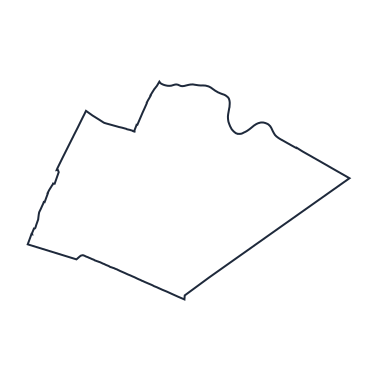 Bunschoten, Utrecht, Netherlands, rotated 100°
{"feature_id": "6326949B68264290320811", "entity_name": "Bunschoten", "entity_type": "district", "adm_level": 2, "iso_a3": "NLD", "parent_name": "Netherlands", "parent_adm1": "Utrecht", "projection": "albers", "projection_center": [5.355, 52.247], "detail": "fine", "context": "isolated", "style": "outline", "palette": "slate", "viewbox_px": 384, "rotation_deg": 100, "n_neighbors": 0, "source": "geoboundaries", "source_scale": "gbopen_adm2", "svg_char_len": 5816}
<svg xmlns="http://www.w3.org/2000/svg" viewBox="0 0 384 384"><g transform="rotate(100 192 192)"><path d="M151.1,39.3L137.3,77.7L136.8,79.1L136.1,81.0L134.7,85.0L133.0,89.8L132.3,91.6L130.2,96.7L130.6,96.9L128.7,102.5L127.9,104.7L127.4,106.2L126.8,107.9L125.3,112.1L125.3,112.3L125.1,112.6L125.1,112.8L124.2,115.2L123.6,116.6L123.3,117.1L122.9,117.9L122.7,118.4L122.3,118.9L121.9,119.5L121.3,120.3L121.0,120.5L120.3,121.2L120.0,121.4L119.7,121.7L117.9,123.1L115.6,124.7L115.1,125.1L114.8,125.3L114.0,126.1L113.7,126.3L113.6,126.5L113.4,126.7L113.2,127.0L112.8,127.6L112.4,128.2L112.2,128.5L112.1,128.8L112.0,129.0L111.7,130.0L111.5,131.0L111.4,131.4L111.3,132.1L111.3,132.5L111.2,133.3L111.2,133.7L111.3,134.5L111.4,135.3L111.5,135.7L111.7,136.5L111.9,137.0L112.2,137.5L112.4,138.0L112.6,138.5L113.0,139.1L113.4,139.7L113.8,140.3L114.6,141.2L115.0,141.6L115.4,142.1L115.7,142.4L116.4,143.0L119.3,145.5L120.4,146.5L120.9,147.0L121.2,147.3L122.2,148.3L122.6,148.8L123.2,149.5L124.0,150.6L124.3,151.1L125.1,152.1L125.6,152.8L125.9,153.3L126.2,154.0L126.3,154.4L126.3,154.6L126.5,155.1L126.6,155.8L126.7,156.6L126.7,156.8L126.7,157.1L126.8,157.2L126.7,157.6L126.7,157.8L126.5,158.5L126.5,158.8L126.4,159.2L126.2,159.5L126.0,159.9L125.5,160.8L125.1,161.5L124.9,161.8L124.7,162.0L124.2,162.7L123.4,163.7L123.2,163.9L122.9,164.1L122.4,164.5L120.6,165.9L119.8,166.4L119.3,166.7L118.5,167.2L116.7,168.2L116.5,168.3L115.1,168.8L113.5,169.3L112.9,169.4L111.7,169.7L110.5,169.8L109.1,169.9L105.6,169.9L102.8,169.9L101.7,169.8L101.4,169.9L99.3,170.1L97.8,170.3L97.3,170.4L96.3,170.7L95.7,170.9L95.2,171.1L94.4,171.5L94.2,171.6L93.8,171.8L93.6,172.0L93.3,172.2L92.9,172.6L92.7,172.8L92.4,173.2L92.0,173.9L91.7,174.5L91.5,174.8L91.2,175.5L91.0,175.8L90.9,176.2L90.8,176.7L90.7,176.9L90.6,177.3L90.5,177.8L90.4,178.7L90.2,179.8L89.9,181.3L89.8,181.8L89.7,182.1L89.5,182.9L89.4,183.5L89.1,184.3L88.5,185.9L88.3,186.5L87.9,187.4L87.3,188.6L87.1,189.1L86.8,189.7L86.2,190.9L85.8,191.8L85.4,193.1L85.1,194.2L85.1,194.5L85.0,195.7L84.9,196.5L84.9,197.0L84.9,197.8L85.1,198.9L85.1,199.6L85.2,200.0L85.6,202.1L85.7,203.1L85.8,204.3L85.9,208.3L85.9,209.0L85.9,209.5L85.9,209.8L86.0,210.1L86.0,210.4L86.2,211.1L86.3,211.5L86.3,211.8L86.5,212.2L86.6,212.6L86.8,213.2L87.2,214.2L88.2,216.5L88.5,217.1L88.8,217.8L89.0,218.3L89.2,218.9L89.3,219.4L89.4,219.8L89.5,220.1L89.5,220.4L89.5,220.6L89.5,221.0L89.5,221.4L89.5,221.6L89.3,222.4L88.9,224.1L88.8,224.5L88.8,224.9L88.8,225.1L88.8,225.4L88.8,225.7L88.8,226.1L88.9,226.6L89.0,226.8L89.2,227.4L89.3,227.7L90.6,230.3L90.8,230.6L90.9,231.0L91.0,231.3L91.2,232.0L91.4,232.8L91.5,233.6L91.6,234.0L91.6,234.3L91.6,235.2L91.6,235.6L91.6,236.0L91.5,237.5L91.4,238.3L91.3,238.8L91.1,239.7L90.9,240.4L90.6,241.3L90.4,241.7L90.1,242.2L89.7,242.6L89.5,242.8L89.2,243.1L89.0,243.3L90.9,244.0L92.5,244.6L93.6,245.0L94.5,245.5L95.4,246.0L96.2,246.4L96.6,246.6L97.0,246.9L100.2,248.2L104.0,249.7L104.2,249.4L107.6,250.6L109.4,251.3L111.1,251.8L111.7,252.1L111.8,252.1L112.0,252.0L112.1,251.9L112.3,251.9L114.4,252.4L118.0,253.3L122.6,254.5L123.5,254.7L124.4,254.9L135.4,257.5L135.5,257.7L135.4,257.9L135.4,258.2L135.5,258.2L141.9,259.5L142.1,259.5L142.2,259.4L142.3,259.1L142.5,259.1L142.5,259.4L142.2,261.0L142.0,261.3L141.9,261.7L141.8,262.8L141.6,264.1L141.6,264.7L141.5,266.9L141.2,267.8L141.1,269.0L140.8,272.2L140.7,274.8L140.7,275.1L140.5,276.9L140.1,281.1L139.9,283.1L139.5,287.4L139.4,288.4L139.2,290.0L139.2,290.3L139.1,290.5L138.9,291.2L137.0,295.7L135.8,298.7L135.1,300.4L133.9,303.4L133.4,304.4L132.5,306.3L130.5,310.5L134.1,311.5L137.7,312.6L148.7,315.8L157.2,318.4L158.7,318.8L159.6,319.1L180.7,325.4L192.1,328.7L193.9,329.1L193.5,328.0L195.6,326.7L207.7,328.7L207.8,330.3L208.5,330.3L209.0,330.5L209.4,330.8L214.9,333.0L216.5,333.5L218.2,334.0L218.3,333.7L224.4,334.8L225.6,335.0L227.6,335.4L227.5,336.2L229.6,336.6L231.4,337.1L235.0,338.0L238.1,338.9L238.8,339.0L239.5,339.0L240.8,339.0L244.8,338.8L245.6,338.7L250.4,339.5L252.3,339.8L252.8,339.8L254.6,340.1L255.1,340.4L255.4,340.8L255.4,341.3L258.7,342.0L260.3,342.4L261.4,342.0L261.3,342.8L263.1,343.1L264.4,343.3L272.1,344.7L278.4,294.1L274.8,291.2L274.2,290.6L273.9,290.3L273.7,289.8L273.6,289.6L273.5,289.3L273.2,288.6L273.2,288.4L273.2,288.2L273.4,287.2L273.4,286.9L273.9,285.4L274.0,284.9L274.1,284.3L274.2,283.9L274.3,283.2L274.5,282.5L274.7,281.8L274.8,281.2L274.9,280.8L275.3,279.2L275.4,278.9L275.5,278.3L275.6,277.9L275.6,277.7L275.8,276.8L275.9,276.6L276.1,276.2L276.3,275.6L276.3,275.2L276.5,274.2L276.6,273.6L276.7,273.1L276.8,272.3L276.9,271.8L277.0,271.4L277.0,271.0L277.1,270.4L277.2,270.2L277.3,269.7L277.5,268.9L277.9,267.6L278.1,266.7L278.1,266.3L278.5,265.0L278.7,264.3L278.8,263.9L278.9,263.5L279.0,262.9L279.3,261.5L279.4,261.2L279.5,260.8L279.6,260.5L279.7,260.4L279.8,260.1L280.0,259.6L280.1,259.3L280.1,258.6L280.2,258.0L280.5,256.2L280.5,255.9L280.6,255.4L280.8,254.8L280.9,254.5L280.9,254.4L280.9,254.2L281.0,253.9L281.2,252.8L281.3,252.4L281.3,252.2L281.5,251.7L281.8,250.8L281.8,250.5L282.1,249.7L283.6,243.5L283.7,243.2L284.4,240.5L284.5,240.0L284.7,239.0L284.9,238.1L285.3,236.5L285.5,235.9L285.6,235.2L286.0,233.6L286.9,230.5L287.4,228.5L287.5,227.9L287.6,227.5L287.8,226.8L287.9,226.6L288.0,226.4L288.1,225.8L288.2,225.6L288.2,225.2L288.3,224.8L288.4,224.4L288.6,223.7L288.9,222.6L289.0,222.0L289.1,221.7L289.3,220.8L289.7,219.1L289.8,218.5L289.9,218.3L290.0,217.8L290.2,216.8L290.3,216.5L290.4,216.1L290.4,215.9L290.5,215.6L290.8,214.5L290.9,214.2L291.3,213.1L291.4,212.7L291.5,212.1L291.6,211.6L291.9,210.2L292.0,209.7L292.2,209.0L292.4,208.4L292.4,208.2L292.5,207.9L292.6,207.7L292.6,207.3L292.7,207.1L292.8,206.7L293.1,205.5L293.4,204.4L294.4,199.8L294.8,198.2L295.9,194.0L297.5,187.7L299.1,180.8L295.1,181.2L273.2,160.3L210.8,98.5L151.1,39.3Z" fill="none" stroke="#1e293b" stroke-width="2"/></g></svg>